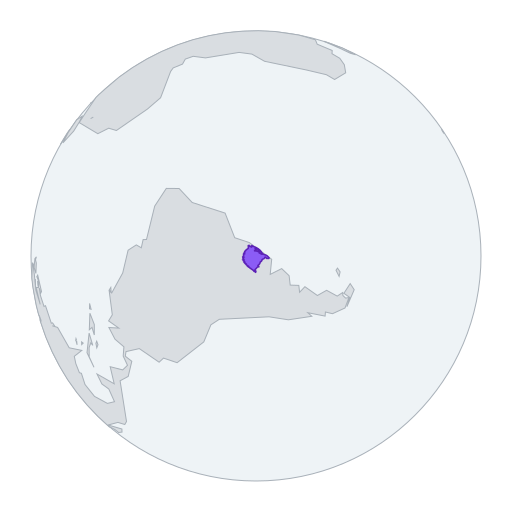 Rio Grande do Sul highlighted on a globe, orthographic projection, rotated 270°
{"feature_id": "BRA-612", "entity_name": "Rio Grande do Sul", "entity_type": "State", "adm_level": 1, "iso_a3": "BRA", "parent_name": "Brazil", "parent_adm1": "", "projection": "orthographic", "projection_center": [-52.79, -30.407], "detail": "fine", "context": "on_globe", "style": "filled", "palette": "violet", "viewbox_px": 512, "rotation_deg": 270, "n_neighbors": 0, "source": "natural_earth", "source_scale": "10m", "svg_char_len": 7908}
<svg xmlns="http://www.w3.org/2000/svg" viewBox="0 0 512 512"><g transform="rotate(270 256 256)"><circle cx="256" cy="256" r="225" fill="#eef3f6" stroke="#a8b0b8"/><path d="M190.0,40.6L192.6,39.8L190.0,40.8L191.7,41.0L196.4,39.3L196.8,38.8L206.0,36.4L205.8,36.4L224.2,33.0L225.6,32.8L227.8,32.5L234.2,31.8L236.4,31.9L249.0,32.2L249.0,32.7L237.8,34.3L222.1,35.8L207.6,40.2L224.7,36.1L224.4,38.4L227.7,38.6L232.2,38.1L235.3,36.8L236.9,37.7L220.5,41.5L218.8,40.7L224.0,39.3L216.6,40.4L205.6,44.0L206.3,45.5L188.8,51.3L189.1,52.6L185.5,55.0L186.2,52.3L184.6,57.6L164.2,69.2L161.6,81.8L155.7,74.3L148.4,75.8L139.3,79.4L138.7,81.4L127.5,85.0L115.6,94.5L108.6,107.4L110.3,114.5L123.0,108.8L128.0,101.9L138.0,97.0L128.2,114.2L145.3,110.2L142.1,122.7L146.7,127.5L155.9,123.2L165.2,123.9L172.8,115.0L184.5,108.9L183.9,118.8L191.1,108.6L197.2,112.3L221.0,109.2L219.0,111.7L239.0,122.7L261.8,128.1L267.1,136.3L264.2,141.3L272.4,143.1L272.5,146.5L305.9,154.7L323.6,166.3L323.5,179.1L309.5,192.2L298.9,225.1L274.3,234.7L269.4,249.4L252.7,271.7L237.6,270.2L243.4,281.7L236.3,289.1L226.9,290.2L226.6,298.8L219.7,299.6L225.3,304.9L216.5,317.4L221.7,326.6L215.9,337.2L219.5,342.7L216.5,342.9L213.9,345.6L214.4,348.9L204.0,345.0L198.3,332.5L200.0,325.4L195.9,325.1L199.3,307.8L195.7,311.8L192.2,288.4L195.2,269.0L192.7,219.3L187.2,210.9L170.1,203.8L149.3,177.1L153.9,163.5L149.8,159.1L163.4,139.3L160.4,126.0L155.8,125.3L150.7,131.8L135.6,128.2L131.2,120.1L90.5,126.5L87.5,124.8L89.6,117.9L87.0,108.1L83.0,121.9L79.9,122.0L79.5,118.6L82.3,115.1L85.6,108.9L84.7,109.7L95.5,98.0L107.1,87.0L119.4,76.9L132.4,67.6L146.1,59.4L160.3,52.1L174.9,45.8L190.0,40.6ZM159.3,87.0L178.9,89.1L166.6,92.8L169.1,90.8L164.4,89.1L155.2,89.2L144.7,94.0L159.3,87.0ZM170.8,76.7L167.2,77.1L170.9,76.1L170.8,76.7ZM222.3,354.2L205.3,346.9L214.5,349.8L218.7,343.9L228.4,350.2L222.3,354.2ZM235.6,339.1L241.8,336.0L243.9,337.5L240.1,340.1L235.6,339.1ZM417.8,99.3L423.0,105.1L435.0,119.2L444.6,132.8L453.1,147.0L460.6,161.8L467.0,177.1L472.3,192.9L476.3,209.0L479.2,225.4L480.8,241.9L481.3,258.5L480.5,275.1L480.4,275.8L477.0,298.7L472.2,315.4L467.8,317.2L461.5,332.2L458.3,332.0L453.7,339.8L447.3,344.3L439.2,345.7L432.5,334.6L437.3,326.4L442.0,306.5L450.7,264.6L457.9,251.9L459.6,239.1L454.1,205.5L455.7,193.2L452.9,185.3L447.9,182.5L444.1,173.2L440.5,170.6L414.3,160.6L403.0,147.5L381.5,116.4L383.8,108.7L378.3,97.8L389.4,79.2L398.3,85.0L414.6,96.0L417.7,99.1L417.8,99.3ZM392.9,77.1L392.2,76.6L395.7,82.0L390.3,79.5L380.9,73.7L369.1,62.9L382.6,69.8L378.6,67.0L367.7,60.4L392.9,77.1ZM393.4,90.6L394.9,93.3L393.4,90.6ZM221.8,109.1L224.6,110.8L220.7,111.1L221.8,109.1ZM164.2,96.8L168.7,95.9L170.8,96.7L167.3,98.0L164.2,96.8ZM203.2,89.5L208.6,89.6L202.7,91.1L203.2,89.5ZM182.2,89.3L198.8,89.9L187.5,94.3L177.0,94.3L184.6,92.0L182.2,89.3ZM167.4,81.7L170.1,81.6L168.9,83.2L167.4,81.7ZM173.4,76.0L172.3,76.4L171.2,75.6L173.4,76.0ZM225.4,38.2L226.8,37.9L231.1,37.6L228.6,38.3L225.4,38.2ZM253.4,34.9L255.2,36.4L252.2,35.5L249.0,36.3L238.6,35.9L248.5,33.0L245.8,34.2L253.4,34.9ZM227.4,35.3L232.9,35.4L226.5,35.5L227.4,35.3ZM409.4,91.0L409.1,90.7L408.5,90.2L409.4,91.0ZM382.7,441.4L378.1,444.4L380.0,442.9L382.7,441.4ZM464.0,342.5L457.2,355.7L458.7,350.4L463.6,340.1L470.6,324.1L470.6,324.7L464.0,342.5Z" fill="#d9dde1" stroke="#a8b0b8" stroke-width="1"/><path d="M240.0,255.8L239.8,255.7L239.7,255.5L239.8,255.4L240.0,255.3L240.3,254.9L240.6,254.6L240.6,254.1L240.9,253.8L241.3,253.8L241.6,253.4L241.7,253.1L242.2,252.6L242.4,252.2L242.6,252.0L242.8,251.7L242.9,251.3L243.1,251.1L243.5,250.9L243.6,250.5L243.8,250.3L243.9,250.2L244.0,249.8L244.3,249.6L244.6,249.3L244.8,249.1L244.9,248.6L245.2,248.5L245.2,248.2L245.4,248.0L245.8,248.1L245.9,248.3L246.0,248.2L246.1,247.9L245.7,247.7L246.0,247.4L246.2,247.1L246.3,247.1L246.6,247.0L246.8,247.0L247.0,246.7L247.2,246.3L247.4,246.3L247.7,246.1L247.9,246.2L248.0,246.0L248.0,245.7L248.4,245.8L248.6,245.6L248.7,245.1L248.8,245.1L248.9,244.8L249.0,244.7L249.0,244.8L249.4,244.8L249.5,244.6L249.7,244.4L249.9,244.6L250.2,244.5L250.2,244.3L250.4,244.3L250.5,244.4L250.6,244.2L250.7,244.3L250.8,244.3L250.9,244.2L251.0,244.1L251.2,243.6L251.5,243.8L251.8,243.4L251.9,243.2L252.1,243.3L252.2,243.1L252.3,243.3L252.5,243.2L252.6,243.3L252.9,243.2L253.0,243.3L253.0,243.5L253.2,243.3L253.5,243.4L253.5,243.1L253.9,243.1L254.0,242.9L254.3,243.0L254.2,243.4L254.3,243.4L254.5,243.2L254.6,243.3L254.7,243.1L254.8,243.2L255.0,243.2L255.2,242.9L255.3,243.0L255.2,243.1L255.3,243.2L255.3,243.4L255.3,243.5L255.5,243.3L255.7,243.2L255.8,243.3L256.2,243.6L256.3,243.5L256.6,243.6L256.9,243.5L257.1,243.6L257.3,243.7L257.6,243.7L257.7,243.8L257.7,243.6L257.9,243.6L258.0,243.9L258.1,243.7L258.2,243.8L258.4,243.8L258.7,243.9L258.7,244.0L258.9,244.1L258.7,244.2L259.0,244.4L258.9,244.4L259.1,244.4L259.1,244.6L259.3,244.6L259.5,244.7L259.9,244.5L260.0,244.6L260.3,244.7L260.3,244.8L260.6,244.8L260.7,245.0L260.8,245.1L261.0,245.1L261.1,245.3L261.2,245.5L261.4,245.7L261.6,245.7L261.9,245.9L262.2,246.3L262.4,246.4L262.6,246.7L262.6,246.9L262.7,247.0L262.8,247.1L263.1,247.5L263.5,248.1L263.8,248.2L264.0,248.2L264.1,248.3L264.4,248.3L264.5,248.4L264.9,248.4L265.1,248.5L265.2,248.4L265.3,248.5L265.5,248.5L265.7,248.4L265.9,248.5L266.1,248.4L266.2,248.6L266.3,248.6L266.5,248.5L266.6,248.8L266.6,249.1L266.4,249.1L266.1,249.4L266.0,249.5L265.9,249.5L265.8,249.8L265.7,249.9L265.8,250.4L265.7,250.7L265.6,250.8L265.6,251.0L265.4,251.0L265.3,250.9L265.2,251.2L265.0,251.3L265.0,251.7L265.4,252.0L265.4,251.9L265.2,251.6L265.7,251.4L266.0,251.5L266.4,251.8L266.5,251.9L266.2,252.3L265.8,253.1L265.5,253.6L265.4,253.8L264.4,256.3L263.4,257.9L263.0,258.6L262.6,258.9L262.4,259.2L261.9,259.9L261.5,260.3L260.1,261.4L259.1,262.0L258.4,262.9L258.5,262.4L258.4,262.2L258.6,262.1L258.3,261.7L258.5,261.5L258.9,261.8L259.2,261.7L259.3,261.6L259.2,261.5L259.6,261.5L259.8,261.4L260.3,260.8L260.3,260.6L260.5,260.8L260.4,260.5L260.6,260.3L260.9,260.4L261.2,260.2L261.4,259.8L261.5,259.5L261.5,259.2L261.4,259.0L261.5,258.7L262.0,258.6L262.0,258.9L262.2,258.7L262.2,258.1L262.3,258.0L262.7,257.7L262.9,257.7L263.0,257.6L263.1,257.3L263.1,257.0L263.1,256.3L263.0,255.9L263.3,256.0L263.4,256.4L263.5,256.2L263.6,255.7L263.4,255.2L263.2,255.3L263.3,255.5L263.2,255.6L262.8,255.6L262.4,255.7L262.3,255.9L262.4,256.2L262.0,255.9L261.9,255.8L262.0,255.6L261.9,255.5L261.9,255.4L261.7,255.4L261.5,255.2L261.3,255.2L261.2,254.9L261.3,254.6L261.2,254.6L261.1,254.8L261.0,255.0L261.0,255.3L261.1,255.5L261.3,255.7L261.4,255.9L261.8,255.8L261.7,256.0L261.4,256.0L261.2,256.3L261.1,256.9L261.1,257.5L261.1,257.4L261.0,257.0L260.8,257.0L260.8,257.5L260.8,257.9L260.5,257.9L260.4,258.2L260.4,258.6L260.5,258.7L259.9,258.9L259.8,259.2L259.9,259.4L259.3,259.4L259.1,259.6L258.9,259.5L258.8,259.8L258.7,259.9L258.6,260.5L258.6,260.9L258.5,260.6L258.4,260.5L258.5,260.7L258.5,260.8L258.4,261.0L257.9,261.2L257.9,261.5L257.9,261.8L258.2,262.0L257.8,262.1L257.8,262.5L258.1,262.5L258.2,262.4L258.4,262.4L258.1,262.7L258.1,262.8L258.2,262.7L258.3,262.5L258.3,262.8L258.2,263.0L257.8,263.4L257.4,264.2L257.1,265.4L256.5,266.7L255.9,267.5L254.4,268.9L254.1,269.1L253.8,268.9L253.6,268.9L253.5,268.7L253.6,267.7L253.5,266.9L253.6,266.6L254.2,266.1L254.3,265.8L254.9,265.2L254.6,264.8L253.9,264.5L253.4,264.0L253.2,263.7L253.1,263.3L252.9,262.9L252.8,262.5L252.4,262.4L252.3,262.1L251.9,262.0L251.8,261.8L251.7,261.8L251.0,261.6L250.4,261.0L250.3,260.6L250.1,260.4L249.9,260.2L249.1,260.1L248.7,259.7L248.3,259.7L247.8,259.4L247.6,259.0L247.4,258.9L247.3,258.6L246.5,257.9L246.4,257.9L246.3,258.2L246.1,258.2L246.0,258.5L245.7,258.8L245.2,258.8L245.1,258.2L245.2,257.9L245.1,257.7L244.9,257.5L244.4,256.9L243.8,256.5L243.7,256.3L243.3,256.0L243.2,255.8L243.0,255.7L242.9,255.5L242.5,255.3L242.3,255.0L241.4,255.1L241.3,255.3L241.2,255.6L241.0,255.8L240.9,255.9L240.7,255.9L240.4,255.9L240.2,255.8L240.0,255.8Z" fill="#8b5cf6" stroke="#5b21b6" stroke-width="1.5"/></g></svg>